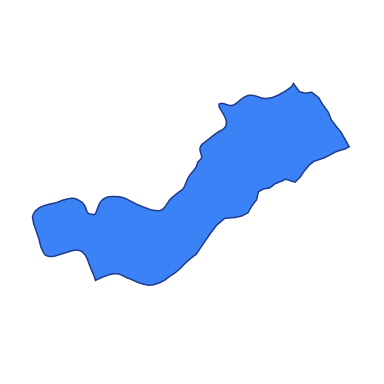 outline of Pujon, Hamgyŏng-namdo, North Korea, rotated 240°
{"feature_id": "82179303B63177642668058", "entity_name": "Pujon", "entity_type": "district", "adm_level": 2, "iso_a3": "PRK", "parent_name": "North Korea", "parent_adm1": "Hamgyŏng-namdo", "projection": "equal_earth", "projection_center": [127.625, 40.761], "detail": "fine", "context": "isolated", "style": "filled", "palette": "blue", "viewbox_px": 384, "rotation_deg": 240, "n_neighbors": 0, "source": "geoboundaries", "source_scale": "gbopen_adm2", "svg_char_len": 2150}
<svg xmlns="http://www.w3.org/2000/svg" viewBox="0 0 384 384"><g transform="rotate(240 192 192)"><path d="M152.6,350.8L155.7,350.8L160.9,350.9L169.1,350.9L176.3,349.8L184.6,348.7L192.8,349.9L203.1,348.9L210.3,348.9L218.6,345.5L220.8,339.8L225.0,335.2L235.4,334.1L234.2,332.5L233.4,330.6L232.7,323.2L232.8,318.5L232.7,316.1L233.7,308.5L235.3,304.3L236.5,301.9L238.3,299.6L242.8,295.6L245.1,293.2L246.6,291.0L247.5,288.9L248.0,286.5L248.0,283.9L247.4,278.9L246.9,276.7L246.5,271.7L247.2,269.3L248.7,267.2L252.7,263.7L254.3,261.4L254.6,259.3L252.0,258.0L249.6,258.0L241.2,258.1L238.6,257.7L236.3,257.2L234.3,256.1L232.2,254.4L231.2,251.9L230.6,249.5L231.0,246.6L230.7,241.5L228.3,224.7L227.6,222.8L225.8,220.6L223.2,219.5L218.3,218.3L216.3,216.8L214.9,211.7L212.5,209.4L211.1,207.2L207.7,198.6L205.4,194.5L200.4,188.1L199.2,185.6L198.7,183.4L198.6,180.9L197.9,175.9L196.6,169.2L192.8,161.7L191.6,157.5L191.9,154.9L193.1,152.7L196.4,148.2L202.5,143.0L208.9,138.1L220.3,130.7L223.9,127.1L227.0,122.4L229.4,117.9L230.0,115.9L230.2,113.4L230.1,110.6L229.4,108.6L228.4,106.2L221.6,97.8L221.4,96.1L221.5,95.5L224.8,91.8L227.1,91.2L233.2,92.3L237.4,91.9L241.4,89.9L243.3,88.7L245.3,86.9L246.7,84.9L248.3,80.6L249.8,74.9L250.3,70.5L251.4,66.6L252.8,62.5L254.3,56.4L254.7,51.9L254.1,47.3L253.1,45.4L252.0,43.4L250.2,41.4L244.0,39.1L235.2,37.4L227.7,35.9L219.5,33.5L213.0,33.1L210.7,33.5L208.8,34.8L207.2,36.6L206.0,38.7L205.2,40.7L201.1,58.8L199.4,63.1L198.0,64.9L196.0,66.5L191.7,67.9L187.5,68.0L176.7,66.2L168.0,65.2L163.7,64.2L163.6,66.2L162.9,72.7L161.7,79.1L160.3,83.4L157.9,87.3L155.9,89.1L149.9,92.9L148.6,94.2L140.3,100.3L136.3,104.0L132.8,108.0L131.0,112.1L130.4,114.4L129.5,119.2L129.3,124.7L130.0,129.6L130.5,136.9L131.8,144.1L133.1,148.2L135.1,157.2L135.7,162.1L135.9,164.4L141.2,175.1L147.1,187.7L151.0,196.9L152.8,207.2L148.5,216.4L146.3,223.2L146.1,230.1L150.1,237.0L153.0,244.0L159.0,249.7L158.9,255.5L156.7,261.2L157.6,268.1L156.4,276.1L156.3,279.6L151.1,284.1L149.0,286.4L150.9,293.3L153.8,299.1L156.7,307.1L157.6,312.9L155.3,324.4L155.0,335.9L153.9,341.6L152.7,346.2L152.6,350.8Z" fill="#3b82f6" stroke="#1e3a8a" stroke-width="1.5"/></g></svg>